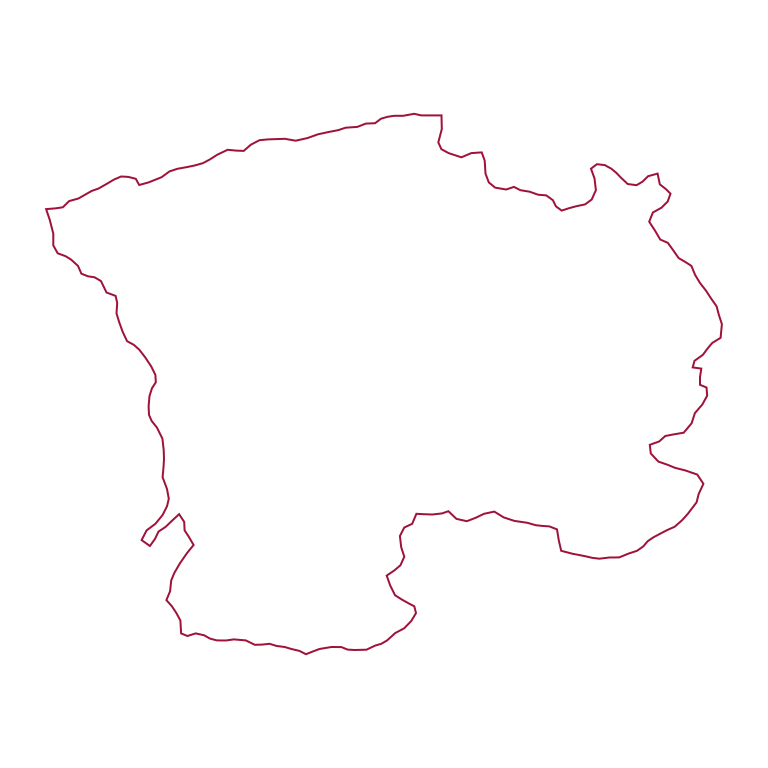 outline of São Gonçalo do Sapucaí, Minas Gerais, Brazil, rotated 180°
{"feature_id": "56859067B18713004927046", "entity_name": "São Gonçalo do Sapucaí", "entity_type": "district", "adm_level": 2, "iso_a3": "BRA", "parent_name": "Brazil", "parent_adm1": "Minas Gerais", "projection": "mercator", "projection_center": [-45.596, -21.903], "detail": "fine", "context": "isolated", "style": "outline", "palette": "rose", "viewbox_px": 768, "rotation_deg": 180, "n_neighbors": 0, "source": "geoboundaries", "source_scale": "gbopen_adm2", "svg_char_len": 3440}
<svg xmlns="http://www.w3.org/2000/svg" viewBox="0 0 768 768"><g transform="rotate(180 384 384)"><path d="M601.6,167.9L596.1,161.7L591.6,154.9L587.6,147.5L586.9,134.6L580.6,132.0L572.3,134.6L563.8,132.7L558.0,129.4L551.1,127.6L542.1,127.5L534.2,128.6L522.2,127.6L513.2,123.2L506.1,123.4L498.5,124.2L491.2,122.0L483.3,121.0L476.5,119.0L468.6,117.1L462.0,113.8L455.2,116.5L448.6,119.0L436.6,121.0L426.5,120.9L420.4,118.4L413.5,118.0L401.5,118.3L392.9,122.4L386.7,124.2L380.9,127.6L372.7,135.0L363.7,139.8L356.7,147.1L352.0,154.9L353.7,161.7L359.3,164.6L366.4,168.6L372.9,172.7L377.8,182.5L381.3,192.4L373.6,197.6L367.5,202.8L363.7,211.3L366.8,220.8L368.1,232.0L363.7,240.5L355.8,244.2L351.6,254.2L344.4,253.8L335.6,253.5L325.9,254.6L319.6,256.8L311.5,249.1L301.1,246.8L291.9,250.4L284.0,254.2L273.7,256.4L264.3,250.6L253.6,247.1L240.6,245.2L232.3,242.8L225.9,242.1L218.6,241.6L211.0,238.6L209.2,227.6L206.8,217.2L195.3,214.2L183.8,212.0L175.9,210.2L168.7,209.3L158.7,210.5L148.8,210.6L139.2,214.5L131.0,217.2L124.7,221.6L120.3,226.8L114.4,230.8L107.8,234.3L100.7,238.0L93.4,241.2L85.9,247.8L80.4,253.9L76.2,259.4L71.4,265.7L69.4,273.8L64.6,284.2L70.7,293.4L82.8,297.6L93.1,300.2L100.1,303.1L109.6,306.4L117.2,314.5L118.2,323.2L108.9,326.5L102.7,332.0L94.4,333.6L84.3,335.3L76.4,344.7L73.1,354.9L65.6,363.6L60.8,372.4L61.5,380.5L68.0,383.2L68.0,390.9L66.7,399.4L75.3,400.6L73.5,407.2L65.2,413.1L60.1,419.9L55.7,425.1L47.4,430.2L46.1,443.9L49.2,453.3L51.4,461.7L56.9,469.5L61.9,477.2L68.0,485.0L72.9,493.1L76.6,502.1L82.8,506.1L89.3,509.9L94.8,517.7L100.1,525.1L107.8,528.5L112.7,536.9L118.8,546.3L115.1,555.5L106.5,560.3L100.3,566.5L97.5,574.3L102.1,578.9L108.2,583.7L110.4,594.4L119.9,591.8L125.5,586.3L131.5,582.8L140.3,584.0L147.1,590.4L151.6,595.1L156.7,599.3L163.2,602.9L171.1,603.8L177.0,599.3L173.5,589.6L172.1,577.8L176.3,568.5L182.9,563.6L191.2,561.9L198.7,559.9L206.3,557.4L212.1,561.7L215.1,567.8L221.7,572.6L229.9,573.3L238.4,576.3L247.6,577.8L254.0,581.1L261.9,578.5L272.9,580.4L279.2,585.6L282.5,594.4L283.3,607.4L286.3,615.6L296.7,614.9L306.6,610.7L319.4,614.9L326.6,618.8L329.7,625.6L326.2,638.9L326.5,652.6L336.9,652.6L346.8,652.6L353.8,654.2L364.8,652.2L374.0,652.2L380.4,651.2L387.0,649.3L392.9,644.8L402.2,644.4L410.7,641.1L422.4,640.3L429.6,637.9L439.9,635.9L450.0,633.7L460.7,629.9L472.3,627.3L483.3,629.2L491.6,628.9L500.2,628.6L508.5,627.8L517.0,623.4L524.3,617.1L531.8,617.4L540.4,618.2L550.7,613.3L558.4,608.4L565.2,604.8L573.4,602.5L581.7,600.8L590.6,599.2L598.5,596.6L606.4,590.8L619.4,585.6L628.8,583.0L632.2,589.2L639.7,591.1L646.9,591.5L653.9,588.5L661.5,584.0L669.4,579.5L676.2,577.1L682.4,573.6L689.6,569.5L698.9,566.9L705.2,560.7L712.9,559.6L721.9,558.9L718.2,548.0L714.7,534.3L714.7,522.6L710.3,514.7L702.4,511.8L696.9,508.4L690.0,502.1L686.6,494.3L680.0,491.7L673.4,490.7L667.0,486.9L661.5,475.5L652.4,472.1L650.8,465.1L651.5,454.6L648.8,445.8L645.3,436.1L640.9,426.8L634.2,423.2L628.7,418.3L622.7,410.5L616.8,401.6L612.6,393.1L612.2,385.7L616.0,379.8L618.5,372.0L619.4,361.6L619.0,353.2L616.4,347.1L611.1,340.5L605.6,329.4L604.3,318.0L604.0,309.3L604.4,302.0L605.4,290.8L601.0,279.0L599.2,269.3L601.0,261.7L605.4,253.0L612.6,244.2L621.4,237.6L626.4,227.9L618.1,222.0L613.0,229.1L609.5,236.4L602.3,241.2L596.5,246.8L588.9,253.8L583.8,246.1L583.4,237.6L579.5,231.7L574.4,223.0L581.0,214.9L588.2,204.5L593.7,195.0L596.8,187.5L597.9,176.8L601.6,167.9Z" fill="none" stroke="#9f1239" stroke-width="2"/></g></svg>